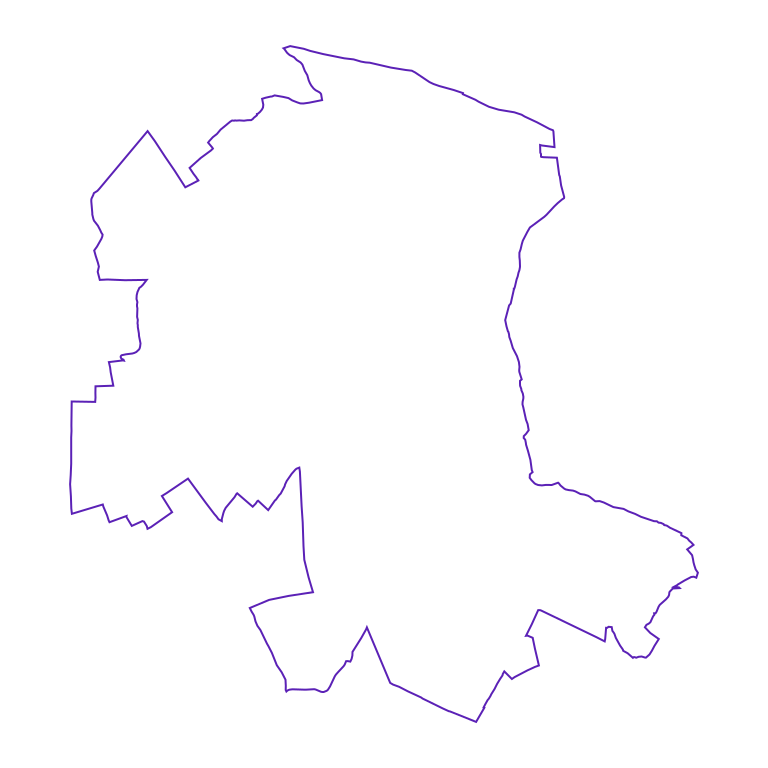 the district of Strunga, Iasi, Romania
{"feature_id": "2599482B42928689760667", "entity_name": "Strunga", "entity_type": "district", "adm_level": 2, "iso_a3": "ROU", "parent_name": "Romania", "parent_adm1": "Iasi", "projection": "mercator", "projection_center": [26.943, 47.159], "detail": "fine", "context": "isolated", "style": "outline", "palette": "violet", "viewbox_px": 768, "rotation_deg": 0, "n_neighbors": 0, "source": "geoboundaries", "source_scale": "gbopen_adm2", "svg_char_len": 6036}
<svg xmlns="http://www.w3.org/2000/svg" viewBox="0 0 768 768"><path d="M538.9,665.5L534.9,648.5L532.7,637.8L527.5,635.6L526.0,635.8L531.8,624.2L538.2,610.1L539.9,610.1L541.1,610.5L596.5,637.2L604.7,641.4L605.2,639.0L606.1,627.8L607.0,627.9L608.6,626.8L611.7,627.1L612.4,630.9L613.7,632.6L614.5,634.0L615.8,637.8L620.1,645.6L622.9,649.6L623.2,650.8L627.6,653.2L632.9,657.8L633.3,657.3L634.0,657.1L634.8,657.2L636.2,657.7L638.6,656.8L641.6,656.5L645.2,657.6L646.0,657.6L649.5,654.5L651.9,650.7L654.5,645.8L658.8,639.0L650.3,633.0L644.9,627.3L646.5,624.8L648.8,623.6L650.4,622.2L653.1,616.3L654.4,614.7L654.1,613.3L655.6,613.2L656.5,611.8L658.6,606.7L659.8,604.8L665.9,599.4L668.3,596.7L669.1,594.9L669.4,592.2L669.9,591.5L672.8,588.5L679.6,588.1L678.9,587.4L674.0,586.8L677.2,585.1L677.8,584.5L684.7,580.4L691.2,577.0L693.8,576.7L696.3,577.7L697.9,572.7L695.7,569.5L694.3,565.3L693.5,562.3L693.0,559.2L692.1,555.2L687.2,549.4L693.5,544.9L691.3,542.5L689.2,540.7L687.4,538.4L681.3,535.3L681.4,533.1L669.9,527.7L667.1,525.8L665.7,525.3L664.6,525.2L664.0,524.9L663.7,524.2L663.1,523.9L660.9,522.9L658.5,522.6L656.9,521.3L654.1,521.2L641.0,516.8L635.1,513.9L628.4,511.4L623.6,508.9L613.4,507.1L603.8,502.5L599.7,501.1L595.6,501.3L595.0,501.1L589.8,496.8L587.9,495.7L584.4,494.6L580.4,494.0L575.4,491.4L573.0,490.6L568.8,490.1L565.6,489.4L564.2,488.6L560.5,485.5L558.9,483.4L558.1,482.7L551.7,485.0L546.0,484.9L541.9,485.4L538.1,485.0L535.5,484.0L534.4,483.2L531.4,480.1L529.7,477.8L529.9,474.4L532.6,472.1L531.8,470.2L530.4,459.9L528.0,451.0L526.1,444.8L525.8,442.6L525.2,439.7L523.7,438.0L523.8,436.1L526.0,433.9L528.7,430.2L527.6,424.0L526.0,419.8L523.3,407.4L522.5,404.4L522.6,401.9L523.3,398.7L523.4,396.8L522.8,393.5L521.4,390.3L521.3,389.0L520.1,385.8L520.0,383.7L520.0,380.8L521.7,379.4L519.3,371.8L519.2,370.1L519.5,366.8L518.9,362.0L517.0,356.2L512.8,348.0L510.7,340.8L509.3,337.0L509.0,334.1L508.3,331.7L507.9,331.3L506.5,326.4L505.2,320.1L509.1,305.4L510.7,303.6L513.8,289.8L513.8,288.8L514.2,288.8L514.9,286.8L516.6,279.4L517.7,276.4L518.5,272.7L519.4,270.2L519.9,267.5L520.0,266.4L519.8,260.5L519.4,257.0L519.4,252.7L520.6,249.3L521.8,244.1L522.8,240.7L527.4,231.8L529.9,227.5L544.3,216.8L546.6,214.7L554.2,206.5L557.6,203.2L562.0,199.5L564.0,198.2L564.2,197.0L561.1,185.4L559.8,176.4L559.2,175.0L556.9,157.7L543.6,157.2L541.2,156.9L541.0,156.6L541.0,154.0L540.3,152.7L540.1,145.0L542.0,145.5L554.5,147.1L553.4,131.3L552.9,130.2L549.6,129.0L537.0,122.3L524.6,116.5L521.6,114.7L514.3,112.3L498.7,109.7L489.0,106.8L478.6,101.7L475.5,99.8L462.8,94.2L463.0,93.1L453.7,90.0L439.2,86.0L433.5,84.0L429.5,82.1L415.2,72.5L411.8,70.7L405.8,70.0L391.0,67.6L369.7,62.7L365.5,62.4L361.1,61.6L353.6,59.4L344.2,58.3L323.3,54.1L310.2,50.9L303.8,48.8L290.2,46.1L283.6,48.3L284.3,48.9L287.0,52.7L288.5,54.1L289.7,55.1L294.0,57.2L296.7,60.0L300.6,62.5L302.4,64.6L304.8,70.9L307.3,75.2L308.7,80.3L309.9,83.1L311.3,85.6L313.6,88.5L315.6,90.2L319.1,92.1L320.2,92.9L321.1,94.1L322.1,100.1L309.1,102.7L303.4,103.5L300.2,103.4L297.3,102.4L292.2,100.4L288.5,98.1L283.2,96.9L274.6,95.4L271.9,96.5L271.0,96.5L265.7,97.7L262.1,98.8L263.3,104.7L263.0,107.5L261.9,109.6L260.0,111.9L257.8,113.8L256.9,114.0L256.9,115.3L253.8,117.8L252.8,119.0L251.2,120.1L247.5,120.2L244.0,120.7L239.4,120.4L236.2,120.6L235.0,120.4L234.1,120.7L232.1,120.5L230.3,121.6L220.6,129.6L217.0,133.9L212.8,137.2L209.4,140.9L208.1,142.6L212.4,147.7L212.9,148.6L210.9,150.5L200.7,158.0L189.6,167.9L193.5,173.8L196.5,177.7L196.9,178.6L198.0,179.8L198.4,180.5L185.3,187.3L174.7,170.8L165.2,156.9L154.9,141.2L147.6,131.1L99.4,188.7L97.4,190.9L93.9,193.1L93.2,195.1L91.6,198.4L91.3,199.6L91.3,201.5L92.3,213.1L92.3,214.5L93.4,219.1L94.0,220.7L97.9,225.7L100.2,230.1L101.3,232.6L102.6,234.6L102.3,236.5L101.4,238.8L97.0,246.6L94.2,250.5L95.7,255.9L97.9,262.7L98.9,266.6L97.7,271.8L99.8,279.9L107.5,279.5L125.0,280.2L146.7,279.9L142.9,284.8L140.9,286.8L139.4,287.8L137.5,291.9L136.7,295.2L136.5,299.0L137.4,302.1L137.0,304.5L137.0,306.3L137.4,308.3L137.1,316.9L137.8,319.9L137.5,323.4L137.8,325.0L137.8,327.0L138.9,333.6L139.0,335.9L140.5,343.4L140.1,346.6L139.7,348.2L139.1,349.4L136.3,352.0L134.4,352.9L132.4,353.5L126.0,354.3L121.8,355.2L121.2,355.6L120.7,356.4L120.7,357.2L121.1,358.1L121.6,358.8L123.5,359.7L123.9,360.6L123.0,360.4L108.9,362.1L110.1,367.4L110.7,372.3L113.3,385.7L95.5,386.3L95.4,393.0L95.5,397.6L95.2,401.9L71.7,401.5L71.4,425.4L71.5,431.0L71.2,437.4L71.2,463.7L70.7,475.2L70.1,484.2L70.9,496.2L71.3,508.6L71.9,513.8L102.8,504.5L103.4,506.7L107.1,515.4L108.7,520.5L109.5,522.2L126.5,516.0L126.4,516.6L126.6,517.3L131.8,525.9L142.4,521.1L144.0,521.6L146.8,526.1L147.5,528.8L150.8,527.2L172.1,512.2L161.9,496.0L166.6,493.1L188.0,478.6L205.7,502.7L214.3,514.0L216.5,516.5L218.5,519.3L221.8,521.1L221.8,519.1L223.4,513.0L224.1,510.9L225.7,507.8L234.5,497.2L236.5,493.9L237.2,493.3L252.7,506.7L255.7,503.6L257.3,501.2L258.1,500.7L268.2,510.1L274.9,500.5L276.0,499.6L279.2,495.1L280.7,493.6L284.6,486.3L285.1,484.4L286.7,481.0L291.7,473.8L295.3,469.7L296.5,468.7L299.3,467.6L299.9,471.6L301.6,506.0L302.7,522.3L303.5,546.2L304.3,559.8L308.6,577.4L313.0,592.2L288.7,595.9L269.1,599.9L249.8,608.0L251.6,611.6L253.6,614.8L254.3,616.5L255.5,621.4L257.4,625.8L260.4,630.0L267.0,643.7L268.4,646.1L271.9,652.9L276.8,665.2L281.7,672.3L285.5,679.7L285.8,685.8L285.7,690.0L286.4,691.5L287.5,690.5L289.3,689.7L292.4,689.3L305.5,689.7L314.2,689.2L315.6,689.5L321.1,691.8L322.4,692.0L323.7,692.0L326.7,690.8L327.9,689.8L330.0,686.5L334.8,676.3L335.9,674.6L338.3,671.9L343.6,666.2L344.7,664.6L346.1,661.2L347.7,661.1L350.3,661.6L351.6,658.9L352.4,655.5L352.5,651.9L361.2,638.1L366.1,629.4L366.9,627.4L390.2,682.9L393.1,684.6L399.1,686.8L408.0,691.4L421.2,697.5L422.5,698.5L442.7,708.4L448.8,711.2L449.9,711.4L476.1,721.9L484.3,707.8L483.6,707.5L485.2,704.4L487.6,700.1L488.8,698.7L490.4,696.1L491.3,694.2L494.6,688.9L497.1,683.9L500.2,678.8L502.5,675.4L502.8,674.0L504.3,671.4L511.9,679.0L514.6,677.1L527.6,670.3L535.0,666.9L538.9,665.5Z" fill="none" stroke="#5b21b6" stroke-width="2"/></svg>